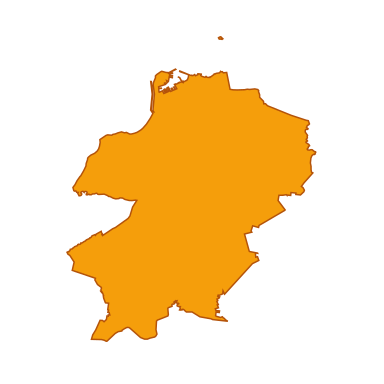 Veracruz, Veracruz, Mexico (Robinson projection), rotated 276°
{"feature_id": "50627088B35395028449016", "entity_name": "Veracruz", "entity_type": "district", "adm_level": 2, "iso_a3": "MEX", "parent_name": "Mexico", "parent_adm1": "Veracruz", "projection": "robinson", "projection_center": [-96.213, 19.184], "detail": "fine", "context": "isolated", "style": "filled", "palette": "amber", "viewbox_px": 384, "rotation_deg": 276, "n_neighbors": 0, "source": "geoboundaries", "source_scale": "gbopen_adm2", "svg_char_len": 5964}
<svg xmlns="http://www.w3.org/2000/svg" viewBox="0 0 384 384"><g transform="rotate(276 192 192)"><path d="M35.0,107.4L35.8,117.5L35.4,120.2L34.6,122.3L34.8,123.1L43.3,130.4L45.4,133.2L46.3,136.4L46.6,136.9L47.2,136.9L48.9,139.0L50.2,140.9L50.6,141.9L50.6,143.7L49.6,145.2L41.9,156.0L40.7,160.2L41.0,163.0L42.3,165.5L43.9,170.1L45.1,171.2L47.0,172.0L51.2,170.6L59.9,170.2L60.9,170.9L66.2,181.0L67.6,181.3L73.7,180.1L74.5,180.6L76.2,184.1L77.9,183.8L78.4,184.1L78.6,185.5L79.1,186.2L79.8,186.3L80.6,185.5L82.3,187.3L82.0,187.9L82.2,188.4L81.5,188.2L81.1,187.4L80.3,187.5L79.9,188.8L79.9,190.2L79.5,190.5L78.6,189.3L78.0,189.0L77.2,189.1L76.7,190.3L76.8,192.4L75.7,192.1L74.4,192.9L74.4,192.3L73.4,191.9L73.3,192.4L73.7,194.6L74.4,195.0L74.4,195.5L73.7,196.9L73.4,197.0L72.1,198.9L72.7,204.6L68.7,212.9L67.9,224.2L67.3,225.8L67.2,241.1L68.5,238.5L69.6,237.5L70.0,236.4L71.1,235.2L70.2,233.5L70.9,229.3L71.4,228.4L75.0,228.5L75.0,231.7L76.6,231.8L76.6,228.2L78.3,227.4L79.6,230.4L82.4,228.9L82.8,229.9L85.8,228.1L86.6,229.0L88.1,228.0L88.7,229.2L89.3,229.3L89.2,229.9L90.6,230.5L91.0,228.5L92.2,228.8L92.1,229.9L93.9,233.2L96.9,233.2L93.8,235.1L127.1,259.6L130.9,265.6L134.5,263.9L133.9,262.2L138.1,261.4L137.9,263.7L138.1,263.6L138.8,255.6L139.1,255.1L155.7,248.6L158.3,255.7L159.5,254.8L164.7,255.9L163.7,261.9L165.8,262.2L183.4,286.1L183.9,286.5L192.5,278.5L197.8,278.8L198.3,282.8L199.2,286.2L198.7,286.7L198.9,286.7L198.9,290.5L201.8,290.5L201.8,295.5L200.4,295.5L200.4,300.2L203.9,303.2L205.5,303.6L207.9,302.0L209.0,300.2L212.9,302.5L223.6,310.2L224.2,308.8L226.5,308.1L230.0,307.7L233.2,306.7L238.2,306.7L240.8,307.5L242.2,309.0L242.1,309.9L242.8,310.6L243.3,310.3L244.4,310.9L244.9,310.7L245.2,309.2L246.6,307.1L246.5,305.7L245.9,304.4L246.0,302.6L246.3,302.2L247.2,302.2L248.2,303.0L249.3,303.0L250.3,304.1L251.4,303.3L253.1,300.2L254.3,300.3L254.7,301.5L255.0,301.5L256.4,300.1L257.9,301.1L259.3,300.7L260.4,301.0L263.4,298.4L264.5,298.2L265.8,298.4L266.2,298.8L266.4,300.5L266.7,300.7L267.1,300.8L268.2,299.1L270.3,299.8L270.9,300.9L272.0,301.7L275.1,300.2L275.3,298.0L278.6,282.7L285.3,259.3L285.7,258.0L287.4,256.0L287.5,255.3L287.2,254.2L289.7,253.6L293.2,249.4L295.8,249.1L298.7,247.7L299.9,247.7L300.8,246.7L301.1,243.7L300.0,238.5L300.0,236.2L299.2,233.6L298.2,226.3L297.9,222.2L298.1,219.1L314.5,214.0L313.8,210.7L314.8,209.6L314.6,208.4L315.0,207.8L313.4,207.0L312.5,203.6L311.7,202.5L311.8,201.8L311.1,201.5L308.0,198.1L308.3,197.9L308.1,197.5L307.8,197.6L307.6,195.8L307.8,194.4L308.2,194.0L308.9,194.3L307.4,192.9L308.1,189.7L308.8,188.5L310.1,188.8L310.2,189.6L310.2,185.5L309.3,185.5L308.0,183.3L309.1,182.4L307.8,180.7L308.1,179.7L307.8,179.6L307.9,178.2L311.1,167.2L310.7,167.1L310.4,167.5L308.3,176.3L306.1,176.4L304.1,176.0L302.6,175.2L300.7,172.2L301.0,171.9L300.6,171.9L301.3,171.3L301.2,171.1L300.5,171.7L300.0,170.9L304.5,167.8L305.1,165.8L304.4,167.7L300.6,170.3L299.0,167.4L299.4,167.4L299.0,166.9L298.9,167.2L297.2,164.3L297.5,164.1L298.0,164.8L297.4,163.7L297.2,164.2L296.8,163.6L293.1,166.1L292.3,164.7L294.6,163.2L294.4,162.8L292.1,164.3L291.2,162.7L293.2,161.3L292.8,160.5L290.7,161.8L289.8,160.3L293.8,157.5L293.1,156.4L289.8,158.6L289.0,157.3L291.7,155.5L291.5,155.2L288.9,157.0L288.4,156.2L291.5,154.1L291.1,153.5L290.7,153.7L290.4,153.3L287.8,155.1L287.0,153.7L289.5,152.0L287.8,149.0L288.2,148.7L291.4,148.1L291.8,150.7L292.1,150.6L291.7,148.1L293.2,147.8L296.0,153.9L297.1,153.3L297.5,153.3L297.7,153.9L296.7,154.7L298.8,156.4L299.2,155.4L300.1,155.1L299.5,156.4L299.8,156.5L299.7,157.0L302.4,157.2L302.5,157.6L302.5,157.2L303.9,157.4L303.6,160.5L303.9,160.5L304.2,157.3L305.7,157.6L305.5,160.4L305.8,160.4L306.0,157.8L306.2,157.5L306.8,157.7L307.5,156.5L308.0,160.2L308.4,160.1L307.7,156.5L307.9,156.5L312.2,163.1L312.5,162.7L308.3,156.5L308.2,153.5L308.9,149.3L308.2,148.2L305.1,144.6L303.6,143.5L301.7,143.7L296.6,142.2L294.0,142.3L285.5,144.4L270.1,144.6L268.8,144.7L267.7,145.6L267.6,144.2L269.2,142.8L285.1,142.7L297.6,140.0L297.6,139.4L285.1,142.2L269.2,142.3L266.0,144.9L260.9,142.8L254.7,139.6L250.2,136.4L248.2,134.5L245.7,131.3L244.5,128.9L243.4,125.9L243.1,124.1L244.4,120.5L243.8,118.8L244.4,115.6L243.1,112.2L241.7,109.6L241.0,107.2L240.1,106.3L240.0,102.1L239.3,100.6L234.5,94.9L231.7,95.5L227.7,95.2L225.1,94.6L222.9,93.5L220.3,91.1L218.1,87.5L215.9,85.4L214.8,84.7L213.1,84.7L209.4,83.8L206.7,83.8L201.7,82.0L196.3,79.6L195.7,79.0L191.2,76.5L187.1,74.9L184.1,73.1L181.0,74.3L180.6,75.1L180.9,76.4L179.6,77.4L179.7,78.9L178.8,78.5L176.4,80.1L176.8,81.7L177.4,82.3L178.3,82.6L179.0,82.3L179.4,81.6L180.0,81.5L180.7,82.0L181.3,83.5L180.3,84.8L181.1,85.0L181.4,86.0L181.4,86.8L180.8,87.7L179.7,87.7L178.9,87.0L178.3,87.1L178.1,87.9L179.1,89.7L178.6,90.1L178.7,92.0L179.8,93.5L179.8,94.8L180.8,97.1L180.6,97.8L180.0,98.4L179.8,99.5L180.7,104.9L179.6,108.5L178.9,109.4L178.9,111.0L177.6,114.3L177.2,116.8L177.8,119.9L178.6,120.9L178.7,123.6L177.6,126.0L177.0,130.4L177.2,133.3L178.0,136.6L177.9,138.0L170.8,134.5L161.7,132.8L159.0,131.2L148.7,119.6L147.2,117.0L139.3,107.6L140.4,106.8L140.8,107.4L142.2,106.2L143.4,105.8L140.3,101.4L138.9,100.5L139.5,100.1L139.4,99.9L138.0,97.2L136.3,96.3L135.6,95.0L135.1,95.0L133.3,91.9L132.0,91.0L131.8,90.3L129.9,88.0L129.6,86.7L129.0,86.8L128.2,86.1L128.2,84.5L127.6,83.8L126.8,83.8L125.3,80.9L124.0,79.9L123.8,79.3L123.0,78.9L122.2,76.9L121.9,77.0L121.0,76.7L119.7,75.7L119.9,75.4L119.0,74.0L117.1,75.2L116.2,77.1L110.0,82.1L101.5,81.1L96.1,105.0L94.4,104.6L90.1,107.7L87.6,111.8L86.7,112.0L85.7,111.7L84.4,111.8L83.5,112.6L83.5,111.9L82.4,112.9L81.9,113.8L79.8,114.8L79.7,114.6L77.3,115.2L73.1,117.3L72.7,117.6L72.7,120.7L66.0,120.5L65.9,121.3L65.3,121.3L63.8,121.2L63.7,120.2L63.4,122.2L61.1,123.1L61.0,121.6L59.8,121.7L59.8,120.4L56.3,120.2L53.8,118.1L54.9,116.5L54.8,114.0L44.8,110.7L39.5,108.2L35.0,107.4ZM347.6,206.7L349.4,204.4L348.9,203.1L348.1,202.2L346.9,203.1L347.1,205.0L346.9,205.9L347.6,206.7Z" fill="#f59e0b" stroke="#b45309" stroke-width="1.5"/></g></svg>